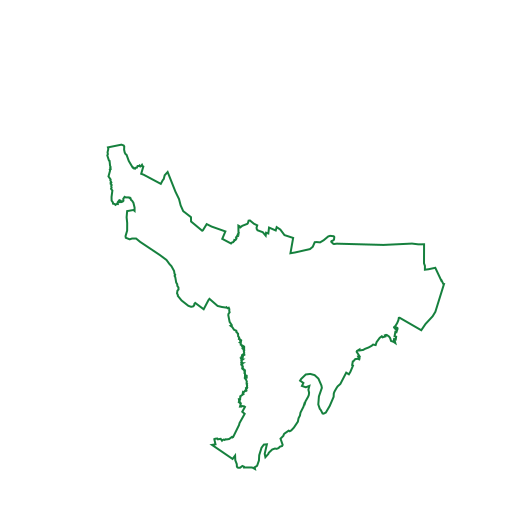 the district of Moara, Suceava, Romania, rotated 55°
{"feature_id": "2599482B75837572043429", "entity_name": "Moara", "entity_type": "district", "adm_level": 2, "iso_a3": "ROU", "parent_name": "Romania", "parent_adm1": "Suceava", "projection": "natural_earth1", "projection_center": [26.193, 47.582], "detail": "fine", "context": "isolated", "style": "outline", "palette": "green", "viewbox_px": 512, "rotation_deg": 55, "n_neighbors": 0, "source": "geoboundaries", "source_scale": "gbopen_adm2", "svg_char_len": 6137}
<svg xmlns="http://www.w3.org/2000/svg" viewBox="0 0 512 512"><g transform="rotate(55 256 256)"><path d="M385.5,400.4L408.8,391.6L407.5,387.6L411.4,390.1L415.4,391.1L417.5,392.4L418.4,392.5L419.2,392.1L420.3,390.5L420.2,387.6L421.7,386.7L422.4,387.1L426.6,381.0L427.6,380.1L429.9,379.0L428.3,378.3L428.5,375.7L428.1,374.9L425.2,370.9L421.0,367.6L416.2,361.4L415.0,357.7L416.5,355.1L423.0,362.3L426.2,363.7L425.2,359.4L424.5,358.4L423.8,353.7L424.6,350.9L425.8,349.7L426.3,347.7L425.9,345.9L426.6,343.6L426.0,342.5L419.7,340.7L419.0,336.7L418.0,335.4L417.8,334.5L417.8,329.4L418.9,328.9L419.1,327.2L418.3,323.4L415.7,316.7L413.3,314.2L411.9,311.5L409.8,309.4L406.7,303.6L404.7,301.0L405.1,300.9L403.5,298.9L401.2,294.1L400.2,292.5L398.4,290.9L395.6,289.8L393.0,286.8L392.1,290.5L388.8,292.9L387.2,290.0L383.4,291.4L382.6,289.5L381.6,283.2L383.7,279.2L387.2,276.3L392.2,275.2L399.6,276.7L401.8,277.7L407.1,285.0L413.3,290.1L417.7,291.4L419.5,291.3L423.2,291.8L423.9,291.1L424.3,288.6L421.1,281.6L415.9,273.2L413.2,271.1L412.1,269.5L410.3,265.7L409.6,263.9L409.2,260.3L403.3,249.0L406.2,247.8L405.0,245.1L401.4,239.4L400.5,239.8L397.9,237.2L398.1,236.7L397.4,233.8L398.5,231.7L399.9,230.7L398.9,229.6L397.8,230.1L396.9,230.0L397.4,228.7L392.2,228.5L391.7,227.8L391.9,224.9L392.7,225.5L394.4,222.1L394.6,219.9L395.5,216.3L395.9,212.8L395.7,210.9L397.6,209.1L395.7,206.6L394.0,201.6L393.9,199.0L395.2,199.0L396.1,196.1L394.9,195.9L395.2,194.7L395.9,194.1L398.3,193.2L400.1,193.2L403.0,194.1L405.3,192.5L407.2,191.8L405.0,191.0L404.7,191.5L403.9,191.2L403.2,190.5L404.5,189.4L402.5,187.5L401.2,188.5L398.6,185.9L398.1,185.4L399.0,184.7L396.9,181.9L396.5,182.1L395.9,181.5L394.9,182.1L396.3,183.6L393.7,183.9L393.4,183.5L393.3,182.0L391.9,178.8L390.2,176.1L388.6,174.5L388.7,174.1L389.1,173.7L411.6,163.2L408.9,156.1L406.7,145.9L404.6,141.1L386.8,118.1L386.4,118.6L382.4,118.0L382.4,118.3L368.5,115.9L365.8,122.3L364.1,125.5L361.0,123.3L358.4,122.6L342.8,111.6L339.6,116.3L335.3,121.1L320.0,145.3L292.2,182.8L290.9,185.3L290.0,185.8L287.5,186.2L287.1,185.6L287.5,183.8L287.3,182.7L285.4,181.0L284.9,180.9L284.3,181.1L282.0,183.7L281.4,185.6L281.9,191.5L281.6,195.7L279.3,198.4L278.4,200.0L281.0,204.2L281.3,207.8L275.5,222.0L273.5,226.2L262.5,215.2L255.2,220.7L248.3,220.9L244.2,222.5L246.4,225.2L240.2,229.0L244.6,233.0L242.7,234.4L244.9,236.4L240.4,236.8L235.8,240.0L234.2,239.9L233.0,239.2L231.6,237.4L228.4,239.2L223.4,240.6L222.8,241.8L224.3,243.6L224.7,244.6L223.4,250.0L223.6,252.6L223.2,252.8L222.2,252.4L221.0,253.0L226.6,256.8L227.2,256.8L227.6,258.1L228.5,258.2L228.3,259.3L228.6,259.8L229.3,259.7L229.1,261.2L229.6,262.0L230.5,262.0L231.0,263.1L231.1,263.9L230.4,264.5L231.3,265.5L231.2,266.0L231.6,266.7L231.1,268.4L231.4,269.3L222.6,273.8L218.3,267.0L206.4,275.5L201.6,278.1L204.5,284.8L204.4,285.6L190.5,289.4L186.9,287.0L177.5,289.9L171.3,288.7L165.2,286.4L157.1,285.1L136.5,280.2L137.5,284.5L140.0,287.4L140.4,288.9L142.3,292.6L125.0,301.4L122.8,302.9L118.1,297.0L117.3,297.4L115.9,297.1L116.5,299.2L115.9,299.7L115.1,299.6L115.2,300.1L114.4,301.4L115.3,302.9L114.6,304.2L115.1,304.9L114.3,305.8L113.1,305.8L112.9,306.3L105.2,305.7L98.9,304.0L97.6,304.4L96.0,304.2L93.3,303.1L90.7,301.1L89.6,301.0L87.6,302.4L82.1,315.0L83.5,315.5L86.0,318.2L87.6,318.9L88.3,320.1L93.4,321.7L94.1,321.4L98.4,323.8L99.8,324.1L100.2,325.0L101.4,325.1L101.4,326.2L102.3,326.5L106.2,331.2L109.9,331.2L110.4,331.9L112.7,332.3L112.7,333.2L113.6,333.7L114.1,333.4L115.1,333.5L115.6,334.5L117.2,335.1L117.8,336.2L120.0,336.1L124.8,340.5L127.8,342.5L130.0,342.5L131.1,343.1L132.4,341.9L133.5,341.8L133.5,340.3L134.2,339.4L132.7,338.6L131.9,335.9L132.8,335.3L133.8,336.6L134.8,335.0L134.5,334.2L134.9,333.7L134.7,332.9L133.0,331.9L132.2,329.7L133.3,329.1L135.1,326.5L135.9,326.4L136.0,325.8L136.6,325.6L138.2,326.2L139.8,325.8L142.1,325.9L146.7,327.7L149.4,329.6L148.0,330.0L145.3,335.8L150.1,339.8L155.1,342.6L161.3,347.0L164.9,351.5L166.4,352.2L169.9,349.9L170.6,347.5L172.9,344.2L178.0,342.8L199.8,334.3L207.9,331.6L213.0,331.5L215.8,331.1L221.3,331.7L223.7,332.9L225.1,333.0L225.6,334.1L227.1,334.3L232.0,336.6L233.9,336.7L235.4,337.6L237.3,337.6L239.0,338.7L239.3,340.2L241.3,342.1L243.2,342.4L243.8,342.9L249.7,342.5L258.0,340.0L260.4,338.3L261.2,336.5L261.0,335.0L259.9,334.0L259.6,332.7L269.6,329.4L264.9,320.3L264.4,318.7L274.9,316.1L278.3,313.1L281.1,310.1L281.0,309.6L282.5,309.2L282.7,308.0L284.2,308.3L285.6,309.4L287.0,309.9L287.6,311.7L288.5,312.6L294.8,315.4L298.8,315.5L299.0,315.7L298.7,316.8L300.7,316.2L303.8,316.3L305.9,315.0L307.0,315.7L307.9,315.3L308.9,315.6L309.4,315.3L311.6,316.7L313.0,316.5L314.1,317.5L314.4,317.0L315.9,317.4L315.9,316.7L316.6,316.5L317.5,317.5L317.6,318.8L318.5,318.3L319.9,319.4L320.6,319.0L322.6,319.3L322.8,318.9L322.2,318.2L323.4,317.7L324.5,318.4L324.3,320.0L324.9,319.9L325.5,319.2L326.5,319.7L326.7,320.5L328.1,320.9L329.3,322.5L329.9,322.0L330.3,322.2L330.2,322.8L329.6,323.2L330.3,323.9L329.2,324.0L329.2,324.4L330.8,325.2L330.6,326.0L331.5,326.0L331.5,325.4L332.6,325.9L331.5,327.1L332.7,327.3L333.2,326.5L333.3,328.0L334.6,328.3L334.7,329.1L335.5,329.2L336.2,328.3L336.1,330.0L336.5,330.4L337.7,329.8L338.0,330.3L339.1,330.3L339.3,331.0L340.4,331.0L340.5,331.8L341.4,331.6L341.7,331.1L342.7,331.3L343.0,330.7L343.9,330.9L344.2,331.7L344.9,331.8L345.2,332.6L346.1,332.5L348.1,333.9L348.6,333.6L348.3,332.6L348.7,332.3L350.3,333.4L350.0,334.0L348.8,334.5L349.5,335.2L351.7,335.1L353.7,335.6L354.7,336.7L355.6,336.6L356.1,337.4L356.9,337.5L358.2,338.6L358.7,338.6L358.9,338.9L358.3,339.3L358.4,340.0L360.8,341.0L360.8,341.7L360.0,342.0L360.6,344.2L359.9,344.6L360.9,345.7L361.9,345.5L361.9,349.4L362.6,349.6L363.0,350.3L364.2,351.1L364.5,351.4L363.6,352.2L365.3,353.1L365.8,353.9L366.9,353.6L366.4,353.2L366.6,352.9L368.1,353.0L370.2,355.5L371.0,354.3L370.9,353.5L372.4,351.9L373.3,351.6L375.7,356.6L378.8,355.8L383.4,365.3L384.7,366.8L391.2,378.6L391.1,379.4L390.4,379.5L390.5,383.0L389.4,385.3L388.8,385.8L388.7,387.2L387.9,387.6L387.6,388.8L387.8,389.8L385.5,389.8L384.3,392.4L383.3,392.4L382.3,394.2L382.1,395.2L387.0,397.2L385.5,400.4Z" fill="none" stroke="#15803d" stroke-width="2"/></g></svg>